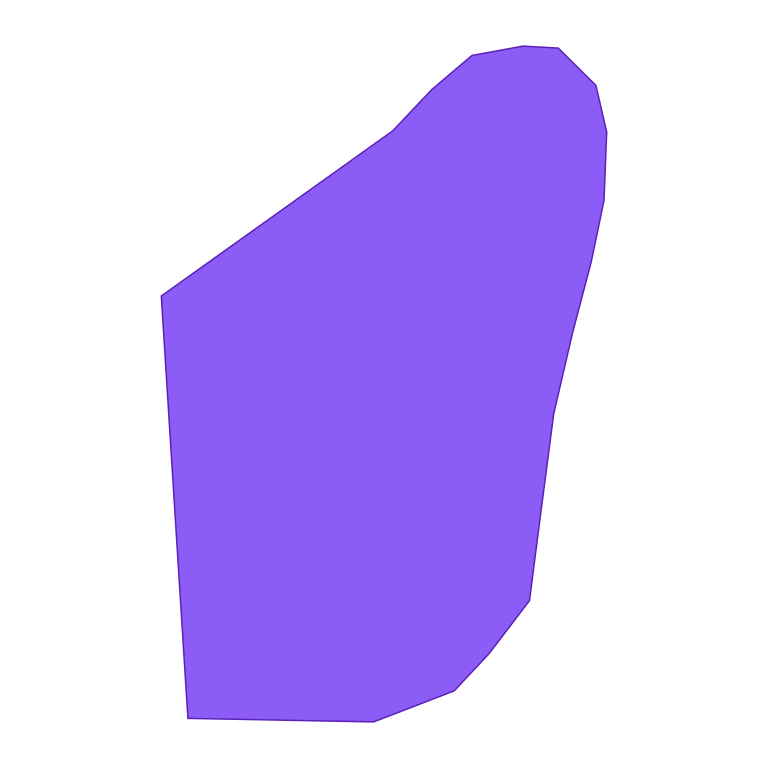 Bujumbura Mairie, Natural Earth projection
{"feature_id": "BDI-3364", "entity_name": "Bujumbura Mairie", "entity_type": "Province", "adm_level": 1, "iso_a3": "BDI", "parent_name": "Burundi", "parent_adm1": "", "projection": "natural_earth1", "projection_center": [29.344, -3.441], "detail": "fine", "context": "isolated", "style": "filled", "palette": "violet", "viewbox_px": 768, "rotation_deg": 0, "n_neighbors": 0, "source": "natural_earth", "source_scale": "10m", "svg_char_len": 367}
<svg xmlns="http://www.w3.org/2000/svg" viewBox="0 0 768 768"><path d="M187.9,718.4L161.3,296.0L283.4,208.9L392.9,130.7L431.7,89.6L472.0,55.4L523.1,46.1L558.3,48.1L595.9,85.4L606.7,132.0L604.0,200.5L591.3,261.6L572.5,333.1L553.7,414.0L540.3,516.6L529.5,600.6L489.2,653.5L454.3,690.8L373.7,721.9L187.9,718.4Z" fill="#8b5cf6" stroke="#5b21b6" stroke-width="1.5"/></svg>